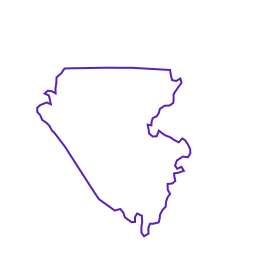 Iomerê, Santa Catarina, Brazil (Robinson projection), rotated 43°
{"feature_id": "56859067B7415267363255", "entity_name": "Iomerê", "entity_type": "district", "adm_level": 2, "iso_a3": "BRA", "parent_name": "Brazil", "parent_adm1": "Santa Catarina", "projection": "robinson", "projection_center": [-51.259, -26.979], "detail": "fine", "context": "isolated", "style": "outline", "palette": "violet", "viewbox_px": 256, "rotation_deg": 43, "n_neighbors": 0, "source": "geoboundaries", "source_scale": "gbopen_adm2", "svg_char_len": 1366}
<svg xmlns="http://www.w3.org/2000/svg" viewBox="0 0 256 256"><g transform="rotate(43 128 128)"><path d="M41.9,133.5L41.2,139.7L45.2,144.4L48.0,148.6L51.4,152.0L47.2,153.1L43.9,155.5L43.5,159.6L48.0,158.2L51.3,160.4L55.3,163.3L51.1,164.8L48.2,171.0L47.9,175.3L50.7,178.1L55.0,178.5L59.7,180.6L64.4,179.8L69.0,180.0L74.1,181.7L77.4,181.7L94.8,184.7L142.7,196.9L150.2,198.7L155.3,199.9L174.6,197.4L177.6,192.5L182.4,193.1L186.5,195.4L190.7,195.0L194.8,194.4L197.2,191.9L193.9,188.4L193.0,184.3L198.0,182.7L202.4,187.0L205.5,191.5L209.2,195.4L213.6,196.2L215.0,191.3L211.0,187.2L209.4,183.0L212.0,180.5L214.8,176.1L212.9,172.6L210.6,169.7L209.2,164.8L209.2,159.9L206.1,155.9L204.3,152.0L203.7,147.5L199.3,146.1L195.1,142.0L198.3,138.3L198.7,134.4L195.3,132.1L192.6,129.8L195.2,126.6L198.1,121.2L193.5,120.0L191.8,124.3L188.1,123.4L185.9,118.5L187.6,111.5L191.8,108.5L190.8,103.9L187.7,100.9L183.1,99.2L178.4,98.0L174.8,98.6L174.9,103.9L170.2,105.2L165.0,106.0L160.9,107.8L157.2,108.5L152.4,108.9L154.6,114.5L152.0,117.3L147.2,117.7L144.0,114.9L140.1,112.2L143.3,110.1L141.0,107.4L139.4,103.9L141.0,99.8L140.3,96.1L138.3,92.3L139.6,86.7L143.1,83.2L144.0,78.7L141.5,75.6L138.3,72.3L137.0,64.5L136.3,58.5L132.6,56.1L131.2,60.7L127.7,62.9L124.1,60.7L119.2,56.9L90.5,80.7L70.3,99.4L44.7,124.1L41.0,127.8L41.9,133.5Z" fill="none" stroke="#5b21b6" stroke-width="2"/></g></svg>